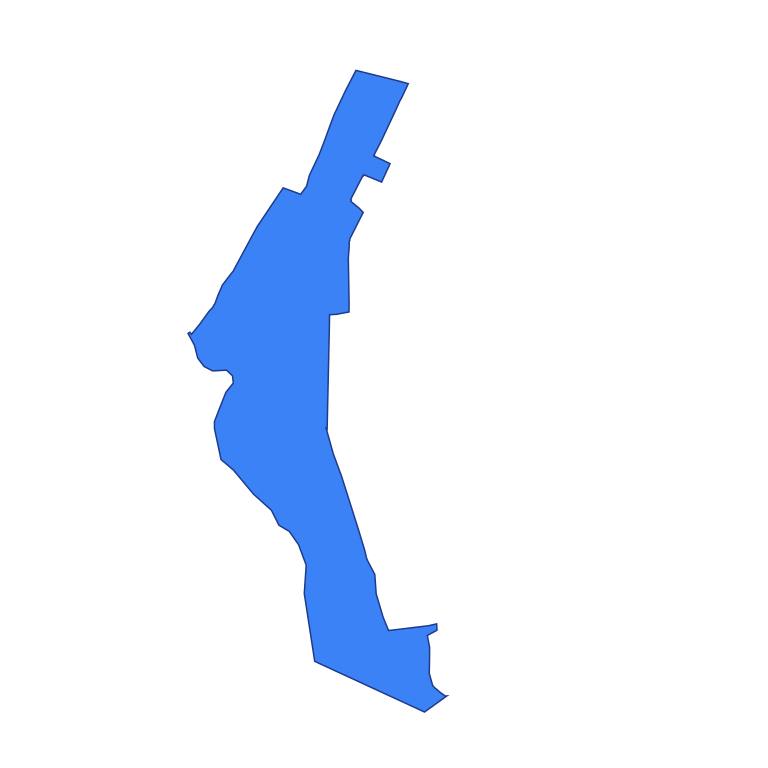 Kaka, Ahal, Turkmenistan (Robinson projection), rotated 27°
{"feature_id": "10190150B850620817547", "entity_name": "Kaka", "entity_type": "district", "adm_level": 2, "iso_a3": "TKM", "parent_name": "Turkmenistan", "parent_adm1": "Ahal", "projection": "robinson", "projection_center": [59.791, 37.761], "detail": "fine", "context": "isolated", "style": "filled", "palette": "blue", "viewbox_px": 768, "rotation_deg": 27, "n_neighbors": 0, "source": "geoboundaries", "source_scale": "gbopen_adm2", "svg_char_len": 1538}
<svg xmlns="http://www.w3.org/2000/svg" viewBox="0 0 768 768"><g transform="rotate(27 384 384)"><path d="M216.6,117.3L216.5,139.9L217.3,167.0L218.9,180.8L220.5,193.8L222.1,209.1L222.8,232.1L225.2,242.8L223.6,252.8L205.1,255.0L199.6,300.8L199.3,309.7L198.4,349.9L198.5,351.6L197.6,355.4L195.1,369.1L195.8,380.4L196.9,389.7L196.5,391.3L196.7,393.0L195.0,399.2L192.6,414.7L189.9,427.1L187.5,426.0L186.4,427.9L197.5,435.5L206.3,445.5L215.8,450.1L225.4,450.1L237.4,443.2L245.3,445.5L249.3,451.6L246.9,463.1L248.5,480.0L250.0,494.5L253.2,500.7L273.1,525.3L289.1,529.1L317.8,541.4L341.0,547.6L354.6,557.6L366.5,558.3L380.9,566.0L396.9,580.7L408.1,606.9L448.2,662.6L568.6,657.9L569.0,657.9L581.6,633.4L581.0,633.8L580.3,634.2L573.7,633.2L568.7,631.9L566.5,631.6L566.0,631.1L564.4,630.7L555.7,621.3L549.5,608.5L544.2,597.9L543.6,597.2L536.8,588.4L537.1,587.9L543.0,579.3L539.8,573.8L533.5,579.1L500.1,601.5L500.0,601.4L499.9,601.5L489.1,592.2L472.2,574.4L462.3,557.9L449.5,548.8L449.1,548.3L448.0,547.6L442.4,541.0L427.6,525.6L409.2,506.9L388.3,485.7L370.5,469.2L352.6,449.8L353.8,450.0L307.6,354.2L304.4,347.8L304.5,347.7L304.1,346.9L309.9,343.6L320.1,335.7L315.9,327.3L294.9,287.7L290.9,278.0L288.4,273.0L288.4,271.8L287.7,270.3L287.6,249.5L287.6,240.6L282.2,238.7L271.4,236.3L271.4,234.9L270.5,234.5L270.6,208.1L271.1,208.1L271.1,206.7L290.2,205.2L289.4,184.9L271.7,185.4L271.7,184.8L271.2,184.8L271.2,168.3L270.1,134.3L269.6,123.8L269.8,122.3L269.3,105.4L262.6,106.7L216.6,117.3Z" fill="#3b82f6" stroke="#1e3a8a" stroke-width="1.5"/></g></svg>